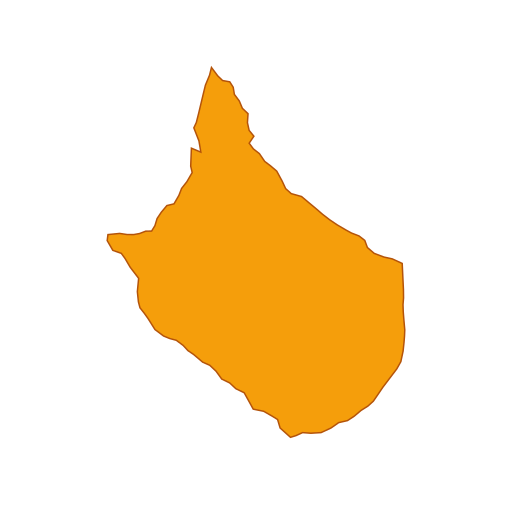 the district of Turmalina, São Paulo, Brazil, rotated 333°
{"feature_id": "56859067B49840194470028", "entity_name": "Turmalina", "entity_type": "district", "adm_level": 2, "iso_a3": "BRA", "parent_name": "Brazil", "parent_adm1": "São Paulo", "projection": "orthographic", "projection_center": [-50.457, -20.07], "detail": "fine", "context": "isolated", "style": "filled", "palette": "amber", "viewbox_px": 512, "rotation_deg": 333, "n_neighbors": 0, "source": "geoboundaries", "source_scale": "gbopen_adm2", "svg_char_len": 1603}
<svg xmlns="http://www.w3.org/2000/svg" viewBox="0 0 512 512"><g transform="rotate(333 256 256)"><path d="M210.1,434.2L217.3,434.5L224.4,438.8L233.8,442.9L244.8,443.3L254.0,442.0L262.8,444.2L270.9,443.3L279.4,441.3L287.8,440.5L294.7,438.6L302.6,434.3L309.5,430.5L330.2,420.5L337.1,415.9L343.9,407.5L348.7,400.1L351.9,394.9L355.0,389.4L358.7,380.2L361.9,372.5L364.9,366.1L368.4,360.4L372.2,352.7L376.7,342.7L382.9,329.0L376.1,320.4L369.5,315.0L362.5,307.3L359.1,299.0L360.0,291.5L356.9,284.9L351.5,278.9L347.7,273.3L342.4,265.0L338.1,257.2L334.3,249.2L330.5,239.9L327.3,232.5L323.6,223.7L315.7,216.4L313.0,209.4L313.3,201.3L313.0,189.8L309.9,182.3L306.7,175.7L305.5,166.3L302.3,159.4L301.1,152.4L308.5,148.3L306.9,141.0L308.9,133.3L313.5,125.6L310.9,118.2L311.5,110.3L310.1,102.2L312.3,95.3L311.7,88.9L305.9,84.5L303.7,78.2L301.9,67.8L296.7,73.8L288.5,80.8L283.5,86.6L269.7,102.8L263.4,110.0L258.8,113.6L257.4,127.6L254.0,138.4L247.4,130.6L238.6,146.3L237.0,152.7L228.2,158.4L220.4,162.0L214.8,167.0L206.6,172.3L199.5,170.6L191.5,174.0L184.9,177.7L179.7,183.1L174.3,186.4L169.0,183.8L162.4,183.1L156.8,181.4L150.8,178.3L144.8,174.0L133.8,169.7L130.4,174.7L131.0,186.0L137.2,192.5L138.2,198.8L138.8,209.0L141.3,222.6L134.1,233.9L130.4,243.5L129.1,249.5L130.4,255.9L131.4,262.5L132.6,275.7L137.3,285.3L141.7,290.4L146.7,294.9L150.5,302.6L152.4,309.4L155.7,315.4L160.3,326.4L165.2,332.4L168.1,340.5L169.6,350.1L174.9,357.1L177.8,365.1L183.4,372.5L183.7,381.1L184.0,391.2L192.3,397.8L197.8,406.2L201.0,411.5L199.4,420.2L204.4,433.2L210.1,434.2Z" fill="#f59e0b" stroke="#b45309" stroke-width="1.5"/></g></svg>